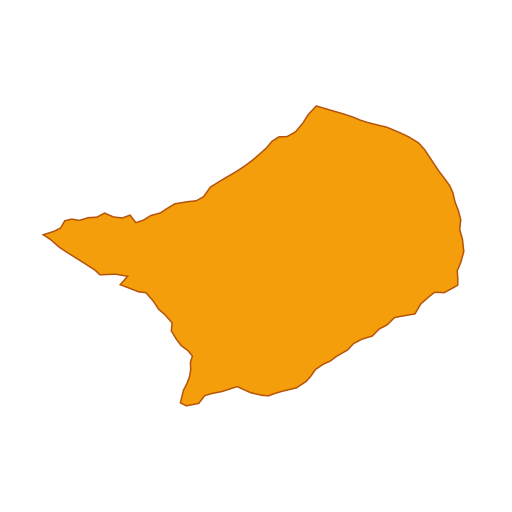 Turmalina, São Paulo, Brazil (orthographic projection), rotated 262°
{"feature_id": "56859067B49840194470028", "entity_name": "Turmalina", "entity_type": "district", "adm_level": 2, "iso_a3": "BRA", "parent_name": "Brazil", "parent_adm1": "São Paulo", "projection": "orthographic", "projection_center": [-50.457, -20.07], "detail": "fine", "context": "isolated", "style": "filled", "palette": "amber", "viewbox_px": 512, "rotation_deg": 262, "n_neighbors": 0, "source": "geoboundaries", "source_scale": "gbopen_adm2", "svg_char_len": 1598}
<svg xmlns="http://www.w3.org/2000/svg" viewBox="0 0 512 512"><g transform="rotate(262 256 256)"><path d="M205.4,452.7L213.3,453.2L221.1,457.9L231.5,462.4L243.7,462.8L253.8,461.4L263.5,463.8L272.4,462.8L281.8,460.6L291.2,459.8L298.7,457.6L307.5,452.9L315.0,448.7L338.0,437.7L345.5,432.6L353.1,423.3L358.4,415.1L361.9,409.3L365.4,403.3L369.4,393.1L372.9,384.6L376.3,377.6L380.1,371.3L384.3,362.8L389.3,351.7L396.2,336.6L388.6,327.2L381.3,321.1L373.6,312.6L369.9,303.4L370.8,295.2L367.4,287.9L361.5,281.3L357.3,275.1L351.4,265.9L346.7,257.3L342.5,248.5L338.3,238.2L334.8,230.0L330.6,220.4L322.0,212.3L319.0,204.6L319.3,195.6L319.0,182.9L315.5,174.7L312.0,167.3L310.6,157.0L307.1,149.4L305.8,141.6L314.0,137.0L312.3,129.0L314.4,120.5L319.6,112.0L316.6,103.8L317.3,95.1L315.8,86.1L318.2,78.5L317.5,71.5L311.1,66.6L308.6,59.7L306.7,48.2L300.9,54.8L291.9,62.6L286.3,68.9L271.1,86.9L264.2,94.8L259.1,98.8L257.6,114.2L253.8,126.1L246.5,117.5L236.8,134.9L235.0,141.9L225.3,148.2L216.7,152.2L210.5,157.7L201.4,163.6L193.6,161.7L184.8,165.5L177.5,169.5L171.7,175.5L165.8,179.1L160.0,176.3L152.7,175.5L146.5,173.7L139.8,170.2L133.2,165.5L121.1,160.7L117.3,166.2L118.0,178.7L124.9,185.9L125.9,192.8L126.6,204.1L129.3,219.1L121.4,231.6L117.3,242.2L115.8,248.8L117.3,255.9L118.4,263.2L119.8,277.7L124.9,288.4L129.8,294.0L135.3,299.0L139.5,307.5L141.6,314.9L145.3,321.5L150.3,333.8L155.7,340.4L158.9,349.3L160.5,359.9L166.5,367.7L169.6,376.4L175.8,384.6L176.2,394.1L176.5,405.3L185.7,412.6L191.7,421.8L195.2,427.7L193.5,437.4L199.0,451.7L205.4,452.7Z" fill="#f59e0b" stroke="#b45309" stroke-width="1.5"/></g></svg>